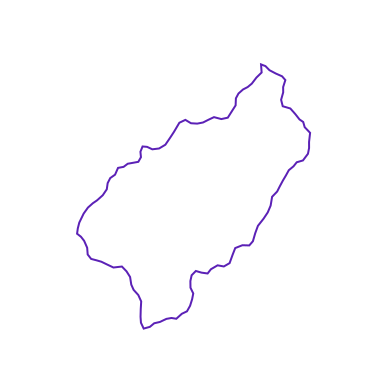 Orizânia, Minas Gerais, Brazil (Natural Earth projection), rotated 23°
{"feature_id": "56859067B60676374353456", "entity_name": "Orizânia", "entity_type": "district", "adm_level": 2, "iso_a3": "BRA", "parent_name": "Brazil", "parent_adm1": "Minas Gerais", "projection": "natural_earth1", "projection_center": [-42.213, -20.512], "detail": "fine", "context": "isolated", "style": "outline", "palette": "violet", "viewbox_px": 384, "rotation_deg": 23, "n_neighbors": 0, "source": "geoboundaries", "source_scale": "gbopen_adm2", "svg_char_len": 1629}
<svg xmlns="http://www.w3.org/2000/svg" viewBox="0 0 384 384"><g transform="rotate(23 192 192)"><path d="M283.8,111.5L282.6,105.8L280.2,100.2L277.6,91.4L270.4,88.3L267.0,84.1L262.6,83.2L256.6,79.9L249.9,76.7L242.0,77.6L238.0,72.3L237.0,64.6L234.9,59.8L234.2,52.5L229.7,50.3L222.8,50.2L215.7,49.6L210.4,47.4L205.7,47.6L209.4,54.8L206.6,61.5L204.7,68.9L202.2,73.7L198.9,77.7L196.3,83.2L195.8,88.6L198.3,95.2L197.3,101.1L195.9,109.6L190.5,113.4L183.0,114.5L178.8,119.2L175.0,123.7L170.1,127.0L164.2,129.1L157.7,128.2L153.3,133.2L151.9,143.7L150.7,150.4L149.0,158.9L144.7,164.8L138.8,168.2L133.0,168.0L128.7,169.4L128.8,175.1L131.4,179.9L130.8,185.2L126.1,188.3L121.8,191.1L119.2,195.6L114.5,198.7L114.4,206.1L111.3,211.1L110.9,216.8L112.5,222.8L111.1,229.9L107.8,236.9L105.1,241.1L102.3,247.0L100.7,254.2L100.2,264.2L101.1,270.1L102.5,275.3L107.3,276.6L111.8,279.1L117.3,284.3L120.4,290.3L125.3,293.0L130.8,292.2L135.8,291.6L141.9,291.9L149.2,292.2L156.6,288.0L162.7,290.6L168.2,294.4L172.3,301.0L176.5,304.9L182.8,307.8L188.0,312.6L190.6,319.9L193.4,327.0L196.1,332.3L200.9,336.6L205.9,332.6L208.5,327.6L213.2,324.2L218.0,318.8L222.3,316.0L227.1,314.8L230.2,308.1L234.0,303.8L234.7,297.5L234.0,290.6L232.8,284.9L228.0,280.7L225.3,274.6L224.2,268.8L226.4,263.2L232.3,262.5L238.2,260.9L239.6,255.7L244.2,249.5L250.4,248.1L254.4,242.8L253.9,233.8L253.7,226.7L259.2,221.3L265.6,218.8L267.3,213.5L266.3,205.2L265.9,197.4L268.3,188.6L269.7,181.2L269.7,173.8L267.6,165.1L270.2,158.3L270.6,152.5L271.2,145.9L272.0,140.0L272.6,134.1L275.4,128.7L276.8,123.7L281.8,119.6L283.8,111.5Z" fill="none" stroke="#5b21b6" stroke-width="2"/></g></svg>